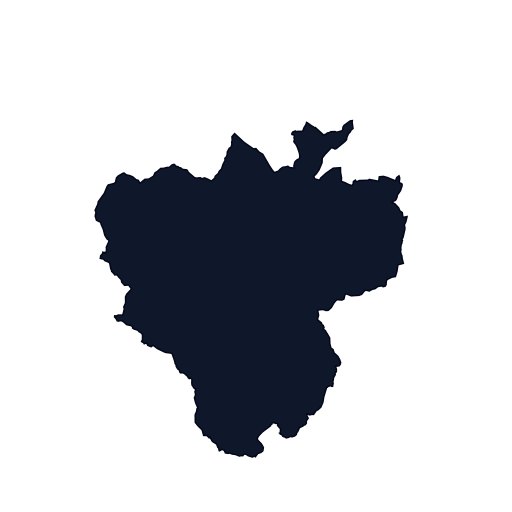 Ramet, Alba, Romania, rotated 315°
{"feature_id": "2599482B41424477367758", "entity_name": "Ramet", "entity_type": "district", "adm_level": 2, "iso_a3": "ROU", "parent_name": "Romania", "parent_adm1": "Alba", "projection": "orthographic", "projection_center": [23.514, 46.33], "detail": "fine", "context": "isolated", "style": "filled", "palette": "ink", "viewbox_px": 512, "rotation_deg": 315, "n_neighbors": 0, "source": "geoboundaries", "source_scale": "gbopen_adm2", "svg_char_len": 6147}
<svg xmlns="http://www.w3.org/2000/svg" viewBox="0 0 512 512"><g transform="rotate(315 256 256)"><path d="M218.0,402.3L220.7,400.4L221.3,399.1L222.7,398.5L224.8,396.8L228.2,395.9L228.6,395.0L229.4,394.7L231.0,394.6L232.9,392.8L234.2,390.1L237.1,392.4L238.8,392.2L240.5,391.2L241.8,388.5L242.9,384.8L242.7,379.7L244.3,376.6L243.9,374.0L246.2,370.2L250.1,366.0L251.5,360.8L251.7,359.1L252.2,358.5L252.0,355.2L253.5,354.7L254.4,352.7L254.2,351.0L255.0,349.2L254.7,348.8L254.8,347.2L254.4,345.8L254.7,344.6L254.9,344.1L258.4,342.1L261.2,338.0L262.2,338.5L264.8,340.5L265.7,341.5L267.1,344.2L268.7,345.5L272.7,345.7L278.0,344.3L281.5,344.0L282.6,344.4L285.6,347.9L287.7,348.6L291.2,346.5L292.5,346.1L293.3,347.1L295.2,351.5L301.0,356.6L303.6,357.8L308.3,357.3L308.9,357.6L310.1,358.6L311.3,360.8L314.5,361.7L317.4,363.4L319.3,363.5L321.2,364.1L323.8,366.1L324.2,367.6L325.5,368.4L326.2,368.7L327.7,368.2L330.3,366.0L332.0,365.3L337.2,367.1L340.0,369.1L345.0,366.4L350.1,362.6L355.0,365.4L357.5,361.2L359.4,358.9L359.7,357.6L361.8,354.5L362.7,354.3L364.2,352.5L366.8,350.5L368.2,350.1L368.9,349.4L370.6,348.5L370.6,347.5L373.1,346.8L380.1,342.4L381.4,341.2L382.8,338.9L386.2,337.7L390.3,335.2L390.7,334.9L387.2,332.6L390.2,328.7L389.7,326.5L389.9,325.2L390.9,322.9L391.1,317.4L390.2,314.3L392.2,314.5L393.7,315.2L395.0,315.1L397.8,313.9L398.6,313.0L404.5,311.9L408.7,309.8L409.7,309.0L410.2,307.9L409.4,306.1L409.6,305.0L412.3,302.9L413.2,301.8L413.8,300.4L411.0,300.0L407.8,301.5L404.4,293.4L402.4,289.8L399.2,287.2L395.6,289.9L390.3,282.0L388.8,281.7L382.6,275.8L380.2,274.9L379.6,274.2L379.9,272.6L377.5,272.2L375.9,273.6L373.7,274.1L372.2,271.3L370.6,266.6L369.1,263.5L371.7,261.3L375.0,256.6L378.2,253.3L372.7,248.5L364.2,247.0L357.0,246.6L354.8,247.2L354.3,247.0L352.1,243.0L353.2,240.5L356.8,240.5L361.6,239.6L368.7,236.7L372.1,233.6L376.5,233.0L386.1,232.7L387.6,236.3L388.7,236.8L399.5,237.9L402.2,237.8L404.4,236.2L407.9,234.9L410.3,234.9L412.5,234.2L414.7,234.5L418.7,229.3L419.9,228.4L418.2,227.1L410.6,225.9L408.8,226.3L406.6,228.0L405.3,228.2L400.6,225.6L399.9,223.9L396.8,221.0L395.3,220.7L393.3,219.4L391.6,219.4L391.1,218.9L389.4,218.7L388.8,207.2L388.1,207.3L387.9,204.7L387.5,204.1L386.6,198.5L386.2,197.3L384.4,198.3L380.1,199.4L378.5,200.3L376.9,200.6L373.6,197.3L372.1,196.3L372.3,195.5L369.8,194.3L368.0,194.7L367.3,195.5L368.4,197.2L367.9,198.4L366.5,199.2L365.4,201.0L363.8,201.7L363.4,202.8L363.2,205.2L362.3,208.0L360.0,212.9L358.7,215.0L356.9,217.1L355.2,217.8L353.0,217.0L350.6,216.9L349.6,217.2L346.7,218.9L345.1,220.8L342.2,217.0L342.0,215.1L339.6,213.7L337.6,212.1L334.4,211.7L332.0,211.9L328.7,210.4L328.0,209.8L328.2,206.9L329.4,201.1L332.7,188.9L331.6,184.5L331.9,180.0L329.9,178.4L327.9,167.3L327.4,154.3L323.4,154.6L321.0,157.3L319.2,158.4L318.0,159.9L316.6,160.7L315.2,161.4L313.2,160.9L309.3,162.1L307.4,163.9L304.8,165.0L303.1,164.9L301.8,166.5L297.4,167.9L293.1,170.1L290.0,170.1L287.7,171.0L283.5,170.8L282.0,171.8L277.4,171.5L276.3,167.8L274.9,164.4L272.3,163.1L272.0,161.3L268.8,158.7L267.9,157.0L267.3,149.5L267.4,148.3L267.9,147.2L267.9,146.1L265.3,142.8L265.1,140.6L263.9,138.6L264.1,137.8L262.7,135.6L263.1,133.8L262.7,133.1L260.9,132.2L257.9,132.1L257.1,131.8L255.9,130.6L252.4,128.5L250.6,126.7L246.0,126.4L243.4,125.8L240.0,127.1L234.7,125.9L231.6,123.2L225.3,122.6L226.2,119.5L226.1,118.8L225.2,117.7L224.8,112.8L223.6,109.9L221.7,106.9L221.4,104.1L220.7,103.5L215.2,102.0L212.6,102.1L208.7,104.6L206.8,104.3L201.8,101.3L199.9,101.6L193.2,104.4L182.8,106.1L180.8,107.6L174.6,109.9L173.7,112.0L170.5,114.1L168.5,117.9L170.0,122.4L169.0,123.9L167.0,129.0L163.8,134.4L162.8,138.4L163.1,141.4L156.4,143.9L154.2,146.4L151.7,147.6L151.3,146.9L151.7,146.8L151.6,146.5L151.0,146.1L150.4,145.0L149.5,145.8L146.4,146.0L144.2,147.6L146.1,150.5L145.8,152.2L147.3,155.8L147.6,157.5L144.4,162.2L143.9,163.2L143.9,164.1L143.1,164.7L143.0,168.6L142.7,169.5L144.3,170.7L144.3,172.7L144.0,174.4L144.1,176.8L144.1,177.3L142.6,179.6L142.3,183.8L145.4,186.4L144.7,191.3L137.7,191.6L134.9,192.6L130.6,197.0L126.4,198.6L125.5,200.3L120.0,203.6L117.0,200.5L114.6,199.4L113.8,198.4L112.8,199.2L113.0,200.2L112.7,201.1L112.7,202.0L112.0,203.7L112.7,204.7L114.7,206.1L115.4,207.2L115.8,209.1L116.0,213.1L118.6,217.2L118.6,219.1L117.8,219.7L118.0,221.0L120.0,225.0L119.8,226.7L120.5,229.6L120.1,231.4L116.7,234.8L114.6,235.6L115.2,237.9L114.9,239.0L116.8,239.9L116.8,241.6L116.3,242.5L116.5,243.2L117.7,246.0L119.9,246.3L120.3,247.6L120.8,251.7L123.4,259.1L124.0,260.4L126.9,264.1L127.7,265.7L124.3,272.6L122.7,275.1L122.5,276.8L121.6,277.5L120.8,280.5L121.2,282.0L120.0,284.5L120.0,285.2L121.6,286.7L122.3,288.3L122.5,292.6L122.0,294.5L122.1,295.5L123.5,296.1L123.5,298.0L121.0,300.2L119.5,302.1L119.2,304.2L118.8,304.8L119.0,307.7L118.7,308.1L117.0,308.7L115.0,311.6L112.2,312.7L109.6,317.0L107.4,322.6L106.5,322.2L103.9,324.0L100.7,325.3L95.4,330.8L94.9,335.6L95.0,340.8L92.1,345.9L94.2,348.0L94.4,349.6L94.3,351.4L95.4,351.5L94.1,356.1L94.5,358.5L95.0,359.9L95.0,361.5L93.7,364.4L93.9,365.3L92.3,367.6L92.5,368.0L95.3,368.7L95.9,370.3L96.0,371.1L95.4,373.0L95.1,373.5L96.6,375.7L97.9,376.5L99.2,379.3L101.2,381.9L102.8,385.7L104.3,386.6L105.5,387.9L106.7,387.6L108.0,388.1L108.7,388.9L109.3,391.7L110.9,394.9L111.5,395.7L113.2,396.2L113.5,396.7L113.6,397.5L117.6,396.9L120.7,398.4L123.1,398.6L125.8,396.6L126.9,392.8L127.0,387.3L128.1,385.7L130.9,385.0L136.3,384.9L146.1,386.3L146.6,385.8L148.4,386.1L149.1,385.6L149.9,385.6L150.7,386.7L151.1,386.8L151.3,388.0L153.0,389.9L152.8,390.3L151.4,391.1L151.1,395.6L148.0,398.3L147.4,398.0L147.3,399.3L147.9,400.2L147.8,401.5L147.5,402.1L147.8,403.3L148.6,404.6L148.7,405.9L150.7,407.2L152.7,407.8L153.6,409.3L156.2,410.6L158.4,410.7L159.7,409.7L161.1,409.7L164.4,408.5L164.5,407.8L168.9,409.4L170.3,409.4L171.4,410.1L173.4,409.8L174.3,408.6L176.1,407.9L178.2,407.6L178.7,405.8L179.4,404.2L180.1,403.6L180.7,403.7L180.7,404.7L181.7,406.4L183.8,407.6L184.4,408.6L184.8,408.7L189.2,407.9L191.4,408.6L195.0,408.7L199.9,406.7L204.3,403.5L212.9,398.9L213.5,399.2L213.9,398.9L216.5,400.1L217.4,400.9L217.4,401.8L218.0,402.3Z" fill="#0f172a" stroke="#020617" stroke-width="1.5"/></g></svg>